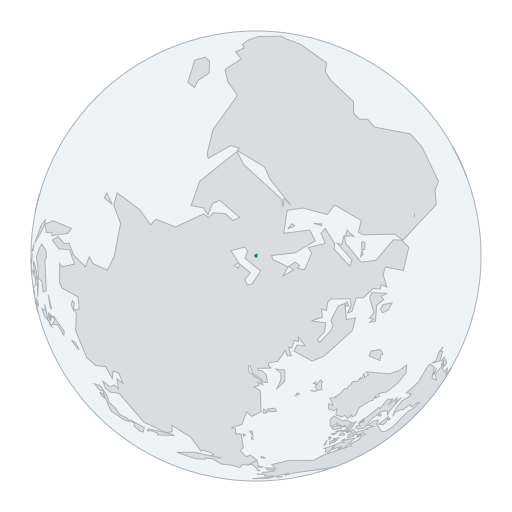 the Earth from above Goranboy, rotated 163°
{"feature_id": "AZE-1681", "entity_name": "Goranboy", "entity_type": "District", "adm_level": 1, "iso_a3": "AZE", "parent_name": "Azerbaijan", "parent_adm1": "", "projection": "orthographic", "projection_center": [46.693, 40.614], "detail": "fine", "context": "on_globe", "style": "filled", "palette": "teal", "viewbox_px": 512, "rotation_deg": 163, "n_neighbors": 0, "source": "natural_earth", "source_scale": "10m", "svg_char_len": 11058}
<svg xmlns="http://www.w3.org/2000/svg" viewBox="0 0 512 512"><g transform="rotate(163 256 256)"><circle cx="256" cy="256" r="225" fill="#eef3f6" stroke="#a8b0b8"/><path d="M229.1,32.3L236.8,31.6L241.4,31.3L257.6,33.3L282.2,37.3L292.5,37.8L288.2,38.8L309.5,40.0L324.5,44.1L305.9,40.0L302.8,40.2L312.2,43.0L311.0,43.9L314.8,45.9L312.6,46.9L301.9,45.1L300.3,45.9L307.0,47.9L309.0,50.6L299.3,47.4L301.8,51.9L284.5,50.9L260.5,43.7L249.2,46.0L220.2,46.8L221.2,48.4L210.8,50.5L208.1,53.3L203.4,53.1L205.3,55.6L210.0,55.2L212.4,56.3L211.2,58.1L205.1,58.1L204.8,57.2L202.4,58.1L199.9,57.4L200.5,58.8L193.2,58.8L198.6,61.5L191.3,63.9L187.0,63.3L189.9,59.7L187.0,51.2L183.5,50.4L175.7,52.3L155.9,63.0L151.0,64.0L142.7,67.9L144.2,68.7L151.3,66.0L152.1,69.0L160.7,65.9L162.2,66.9L170.1,65.7L166.2,69.9L158.3,74.9L151.6,76.4L147.9,78.8L152.1,81.1L137.6,87.9L124.4,100.0L121.0,101.7L118.0,97.5L123.4,87.8L119.6,84.5L119.4,91.0L110.7,95.9L108.1,98.7L107.0,101.3L109.3,101.3L105.7,104.2L104.7,98.3L107.8,95.6L108.2,97.3L110.6,93.0L109.9,90.0L105.5,93.2L108.9,86.9L105.9,89.3L104.9,89.6L109.6,86.0L101.3,92.6L102.5,91.1L114.4,80.8L127.0,71.3L140.3,62.7L154.0,55.1L168.3,48.5L183.1,42.9L198.1,38.3L213.5,34.8L229.1,32.3ZM31.1,269.9L31.4,273.1L34.0,292.8L35.8,303.3L35.8,303.5L32.8,286.8L31.1,269.9ZM237.5,31.5L243.7,31.1L237.1,31.6L232.4,32.0L237.5,31.5ZM255.8,31.4L252.4,31.5L250.9,31.0L253.3,31.1L255.8,31.4ZM300.1,38.4L295.0,37.2L300.4,38.1L300.1,38.4ZM315.8,46.1L317.6,46.2L318.8,47.3L315.8,46.1ZM171.6,63.5L170.8,64.6L169.8,64.2L171.6,63.5ZM175.8,62.1L175.1,61.0L177.0,60.2L177.4,60.9L175.8,62.1ZM316.5,49.9L317.9,51.8L314.6,49.5L316.5,49.9ZM176.1,63.8L180.4,58.9L183.7,57.6L187.8,59.3L176.1,63.8ZM317.4,52.7L320.9,57.9L325.3,58.5L314.8,60.3L315.4,55.0L310.7,51.9L315.2,53.2L317.4,52.7ZM212.0,54.4L206.9,54.8L212.2,52.9L212.0,54.4ZM214.8,52.9L227.8,46.4L234.8,47.0L229.0,48.9L238.9,48.7L235.9,52.2L229.8,53.1L225.9,51.9L227.7,54.2L214.8,52.9ZM308.5,60.7L307.8,61.9L306.5,60.3L308.5,60.7ZM213.7,56.6L215.7,55.1L221.9,55.4L219.0,58.6L218.0,57.4L213.7,56.6ZM242.9,47.2L247.0,48.2L245.7,51.2L247.1,52.1L236.4,52.3L242.9,47.2ZM216.0,58.3L217.4,60.3L213.4,61.8L212.2,58.2L216.0,58.3ZM224.7,54.3L227.5,54.7L225.0,55.4L224.7,54.3ZM200.2,69.1L202.4,66.9L205.8,66.8L200.2,69.1ZM218.2,60.9L219.6,60.4L221.2,60.2L221.3,61.9L218.2,60.9ZM236.2,54.6L234.8,55.8L240.6,54.6L239.8,57.1L232.8,56.9L235.5,58.0L235.3,58.8L229.8,57.9L236.2,54.6ZM226.2,63.1L217.0,64.2L212.1,68.1L208.9,68.2L217.4,61.9L226.2,63.1ZM228.8,60.1L226.5,61.9L223.7,60.9L223.6,59.0L228.8,60.1ZM241.8,59.0L244.8,55.2L246.2,55.4L241.8,59.0ZM225.3,64.4L227.5,64.1L225.3,64.8L225.3,64.4ZM237.4,60.7L238.2,59.3L239.8,59.6L237.4,60.7ZM231.3,64.9L228.3,65.2L228.1,63.8L231.3,64.9ZM234.5,63.2L236.5,63.9L229.9,63.2L234.6,62.4L234.5,63.2ZM238.7,61.2L240.0,60.9L238.1,61.8L238.7,61.2ZM233.6,70.1L225.3,69.6L224.9,66.5L233.0,67.4L233.6,70.1ZM65.5,311.9L59.6,274.0L65.5,266.5L68.6,252.6L110.7,228.3L117.3,236.4L147.8,245.1L151.1,248.7L145.0,259.1L165.8,282.0L175.6,274.8L197.0,288.1L212.8,290.6L223.0,269.6L197.0,265.1L195.0,253.3L217.8,247.6L240.9,251.9L240.9,247.6L228.4,236.2L235.9,229.0L224.3,231.7L227.4,236.6L220.3,238.7L217.0,234.3L219.8,231.8L213.5,228.7L201.9,242.4L203.8,248.9L185.9,247.7L187.3,258.7L181.7,262.1L177.2,245.0L179.3,239.6L169.1,218.8L165.3,224.2L174.6,244.4L170.7,241.9L165.6,250.2L166.5,241.9L157.3,219.3L142.5,216.8L120.0,231.3L112.1,228.6L107.3,219.7L119.3,199.1L135.5,207.6L139.9,201.2L139.9,188.1L144.8,192.1L146.8,188.0L153.2,190.8L165.5,184.7L172.5,186.6L180.4,175.0L185.1,174.7L179.1,181.5L178.6,187.6L196.4,192.9L200.8,191.2L204.5,183.4L208.9,186.2L210.3,178.1L222.0,177.7L208.8,171.6L212.8,163.2L221.6,158.4L220.5,154.7L206.2,162.8L202.7,167.1L203.4,172.4L191.6,184.3L184.9,184.6L188.2,168.7L178.9,167.7L185.6,156.5L220.1,140.4L232.9,139.0L247.5,154.0L242.8,158.8L235.1,155.6L239.3,166.2L240.3,161.6L244.0,164.2L248.8,157.5L251.6,159.1L251.3,150.3L255.4,151.5L255.5,157.1L265.9,149.0L275.1,150.0L276.1,147.5L274.6,144.5L287.2,148.1L287.4,146.2L283.3,144.2L281.0,139.1L281.9,131.7L286.3,133.4L286.5,136.2L293.6,145.1L293.6,152.9L295.5,152.9L296.5,146.6L287.9,135.7L287.2,130.8L292.0,135.3L290.2,133.3L291.2,131.4L296.3,131.3L291.3,126.2L296.6,105.6L306.9,103.9L310.6,109.8L318.8,99.0L329.8,99.1L326.0,97.0L327.4,91.3L324.0,91.1L322.3,89.7L324.3,76.2L328.1,74.7L324.7,67.7L322.8,66.9L319.8,67.5L314.8,60.3L325.3,58.5L329.2,60.5L333.2,58.5L341.4,63.6L350.1,67.3L356.9,74.9L363.2,77.6L364.0,76.5L373.1,79.9L389.1,91.4L372.6,86.5L347.9,72.7L357.6,78.4L354.4,78.7L357.2,81.8L364.2,86.0L365.7,85.5L371.4,102.1L386.0,118.7L387.6,112.5L393.5,113.5L411.6,129.6L427.0,164.6L435.0,168.4L438.7,173.6L439.0,180.9L433.5,173.4L429.4,174.4L426.3,169.4L424.8,179.4L420.3,172.7L421.4,184.2L426.3,187.6L429.3,180.8L432.2,194.4L441.3,198.0L447.7,208.6L450.2,237.8L444.7,253.3L445.4,257.4L440.5,257.0L438.1,268.9L450.6,281.8L451.7,287.7L445.9,306.3L445.0,302.3L431.9,301.4L432.5,316.6L442.5,320.6L446.0,330.8L439.6,332.4L435.7,323.6L431.0,323.0L430.2,310.4L422.2,295.5L415.6,304.0L414.1,296.4L402.2,285.9L391.5,297.4L376.0,326.6L377.2,346.0L370.4,357.0L353.8,334.7L347.8,316.5L340.9,320.4L324.5,307.3L293.7,311.5L290.1,306.6L284.1,309.7L272.8,305.3L267.6,296.7L260.4,297.6L274.3,319.8L282.2,318.9L289.9,309.5L292.2,317.4L303.3,323.2L288.1,343.9L243.7,361.5L240.8,346.7L214.5,302.1L216.1,297.3L216.0,296.7L215.8,295.7L211.9,303.3L207.8,294.1L220.3,325.9L221.8,338.6L243.0,362.3L240.7,364.5L248.0,369.1L273.0,363.4L272.8,368.1L260.1,389.6L226.7,414.9L232.0,431.2L231.1,443.4L212.3,448.9L215.9,457.2L206.5,458.4L207.2,462.2L200.8,464.7L189.3,465.1L167.6,458.8L164.6,455.5L151.3,445.2L132.1,420.1L135.8,411.9L133.2,402.4L117.7,375.0L120.9,363.9L117.2,356.6L109.2,354.0L105.1,345.0L100.4,342.2L72.7,327.6L65.5,311.9ZM93.6,246.5L91.8,250.4L91.8,250.5L93.6,246.5ZM263.8,267.8L278.6,268.5L274.5,254.3L279.8,253.6L276.4,249.3L274.1,253.3L266.3,241.4L273.5,237.1L273.0,230.9L268.0,230.4L256.0,240.3L267.1,257.2L262.6,263.0L263.8,267.8ZM110.8,96.2L110.7,96.8L109.0,99.7L108.5,98.9L110.8,96.2ZM109.3,110.2L103.6,114.6L107.3,110.7L105.4,110.2L110.9,101.8L119.5,102.1L114.6,103.3L109.3,110.2ZM120.6,91.5L116.1,96.3L120.6,91.0L120.6,91.5ZM151.5,164.7L152.6,168.6L148.5,172.4L139.7,171.4L145.4,165.7L151.5,164.7ZM155.1,173.5L160.8,158.8L166.6,159.3L162.4,161.4L165.6,163.3L159.7,167.2L159.5,182.7L156.0,187.1L141.5,181.9L148.2,180.9L146.7,176.9L155.1,173.5ZM165.5,125.0L168.0,119.9L177.1,127.4L173.7,131.4L164.6,130.3L163.4,124.9L165.5,125.0ZM182.6,68.3L183.0,66.8L184.7,66.7L185.8,67.9L182.6,68.3ZM201.0,68.0L182.7,75.2L182.2,73.7L172.1,80.4L166.9,79.2L173.6,74.8L162.0,79.2L166.0,74.7L158.3,78.3L173.9,68.6L177.0,65.2L175.5,69.4L180.2,70.5L183.1,70.0L193.9,66.1L202.9,59.9L209.0,60.5L210.9,62.6L209.7,64.1L206.1,63.2L207.0,66.0L200.9,65.8L201.0,68.0ZM229.6,93.5L226.0,90.5L226.8,98.4L220.7,97.4L221.2,98.4L215.7,99.7L210.0,103.3L207.6,102.1L206.4,104.0L202.7,105.2L200.3,107.5L195.1,106.4L191.7,109.3L191.2,107.2L186.6,112.5L187.7,108.1L183.1,109.5L184.5,113.0L162.6,104.2L152.6,104.6L143.7,107.7L146.7,100.5L157.0,93.4L170.2,87.8L179.4,88.7L179.1,85.6L183.4,85.2L181.8,87.9L186.8,83.7L189.9,84.1L201.7,80.8L206.9,75.0L211.3,73.8L210.8,76.4L215.6,73.5L217.7,77.6L220.9,77.0L226.1,80.7L223.3,86.3L227.1,85.3L231.3,88.4L229.6,93.5ZM234.9,71.3L232.9,77.7L228.6,80.4L221.2,72.9L218.0,72.9L213.2,68.7L219.5,65.0L220.3,66.5L222.6,67.1L219.7,68.0L223.7,67.7L224.9,69.9L228.4,70.3L226.8,72.2L234.9,71.3ZM156.6,245.9L159.5,247.6L164.4,248.7L161.3,254.2L156.6,245.9ZM150.0,230.6L152.9,230.9L150.8,238.7L147.8,237.2L150.0,230.6ZM156.2,224.6L153.2,230.3L153.0,226.4L156.2,224.6ZM181.9,181.5L185.2,181.6L184.8,183.5L182.3,185.8L181.9,181.5ZM230.6,118.6L229.2,116.0L230.6,115.3L232.1,109.0L236.7,109.6L237.7,113.6L230.6,118.6ZM217.6,272.8L212.0,276.3L210.1,273.8L212.4,273.1L217.6,272.8ZM184.5,265.8L191.3,270.4L183.6,267.3L184.5,265.8ZM235.9,118.2L236.0,115.4L238.3,117.4L235.9,118.2ZM240.2,109.7L243.2,111.5L237.4,108.9L240.2,109.7ZM270.3,442.1L257.4,461.1L246.5,461.0L243.5,455.9L247.5,444.5L259.8,441.0L265.6,435.0L270.3,442.1ZM467.6,328.4L469.4,325.2L469.1,326.1L467.6,328.4ZM465.9,329.8L468.3,325.6L465.1,332.3L465.9,329.8ZM469.2,324.0L471.5,317.9L472.6,314.7L472.2,316.6L469.2,324.0ZM464.1,332.9L452.3,348.3L447.1,352.1L448.8,347.9L457.3,339.0L464.1,332.9ZM448.3,348.3L439.7,349.0L424.2,336.2L429.8,332.7L445.2,335.2L444.4,338.5L449.7,339.6L448.3,348.3ZM467.4,310.9L466.4,319.3L460.4,327.4L457.4,330.0L455.4,323.0L456.5,316.6L459.2,313.6L466.7,284.1L469.9,283.8L468.2,294.9L470.6,297.9L467.4,310.9ZM378.4,347.4L384.2,356.1L380.2,359.6L378.4,347.4ZM467.8,266.8L466.1,279.6L467.0,264.8L467.8,266.8ZM467.1,254.4L468.2,258.0L466.2,256.4L467.1,254.4ZM447.2,262.9L444.6,267.1L443.5,264.4L446.3,257.5L447.2,262.9ZM452.6,217.7L456.1,225.9L456.9,229.4L453.9,226.0L452.6,217.7ZM275.6,122.4L268.4,130.2L266.4,136.9L270.0,142.1L261.8,138.5L265.0,128.0L275.6,122.4ZM293.5,107.4L290.3,103.3L293.7,103.2L294.9,104.1L293.5,107.4ZM290.2,106.2L282.5,105.0L282.0,101.5L288.1,103.2L290.2,106.2ZM259.1,110.9L256.6,113.0L254.8,111.3L259.1,110.9ZM445.4,377.9L447.7,374.2L454.3,362.8L445.4,377.9ZM471.8,319.4L474.9,308.1L475.9,304.6L471.8,319.4ZM480.3,277.5L480.2,277.7L480.2,276.4L480.8,270.3L479.9,274.6L481.0,265.3L481.0,267.4L480.3,277.5ZM477.7,290.0L477.5,292.3L477.0,292.7L477.7,290.0ZM478.5,286.3L479.6,282.4L478.2,288.5L478.5,286.3ZM472.0,297.0L472.7,300.0L475.2,291.7L473.3,300.1L474.3,304.1L473.5,308.3L472.6,303.5L471.3,313.4L470.1,315.5L470.1,309.4L471.6,298.1L472.7,292.0L476.7,280.9L472.0,297.0ZM478.7,280.6L478.3,276.7L478.5,271.8L479.0,273.0L478.7,280.6ZM475.9,268.0L473.4,265.6L472.1,271.7L473.7,255.3L476.0,260.3L475.9,268.0ZM472.2,257.2L471.2,262.9L471.6,254.1L472.2,257.2ZM470.3,261.6L469.1,257.4L470.5,255.4L470.3,261.6ZM473.0,255.7L471.5,247.3L473.1,250.5L473.0,255.7ZM465.9,248.5L470.6,250.1L466.2,254.4L461.4,240.0L462.9,236.5L465.9,248.5ZM445.2,171.5L442.2,168.2L442.3,164.4L444.3,167.7L445.2,171.5ZM439.9,150.1L441.4,162.3L442.1,172.8L444.0,172.5L448.0,181.0L442.8,177.7L439.1,165.3L439.3,158.7L435.2,152.3L432.8,144.7L426.9,138.6L424.5,134.0L429.9,137.7L439.9,150.1ZM424.3,136.3L413.1,124.5L415.2,120.7L418.1,122.4L422.4,129.3L421.0,130.8L424.3,136.3ZM411.0,120.6L409.6,122.2L390.1,111.3L386.5,108.1L402.4,113.7L401.9,115.5L406.4,119.1L411.0,120.6ZM310.2,62.4L308.0,61.9L309.8,61.4L310.2,62.4ZM320.4,89.8L318.4,87.9L320.6,87.2L320.4,89.8ZM314.0,82.4L312.9,84.5L312.3,81.6L314.0,82.4ZM310.7,89.6L311.6,85.1L313.3,90.4L310.7,89.6Z" fill="#d9dde1" stroke="#a8b0b8" stroke-width="1"/><path d="M256.2,256.8L255.9,256.9L255.8,257.0L255.7,257.0L255.2,257.4L254.9,257.3L254.9,257.1L255.0,256.8L255.0,256.7L255.3,256.4L255.5,256.2L255.4,256.2L255.4,255.9L255.3,255.7L255.5,255.4L255.6,255.2L255.8,255.1L255.9,254.9L256.1,254.8L256.2,254.6L256.2,254.8L256.2,255.1L256.2,255.3L256.2,255.5L256.3,255.5L256.2,255.9L256.3,255.9L256.5,255.9L256.6,256.0L256.6,256.3L256.8,256.3L256.8,256.5L256.7,256.5L256.4,256.7L256.4,256.8L256.2,256.8L256.2,256.8ZM256.4,256.5L256.4,256.4L256.4,256.5Z" fill="#14b8a6" stroke="#0f766e" stroke-width="1.5"/></g></svg>